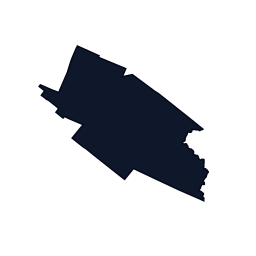 the district of Navarro, Buenos Aires, Argentina, rotated 250°
{"feature_id": "61730980B73651998783154", "entity_name": "Navarro", "entity_type": "district", "adm_level": 2, "iso_a3": "ARG", "parent_name": "Argentina", "parent_adm1": "Buenos Aires", "projection": "mercator", "projection_center": [-59.615, -35.025], "detail": "fine", "context": "isolated", "style": "filled", "palette": "ink", "viewbox_px": 256, "rotation_deg": 250, "n_neighbors": 0, "source": "geoboundaries", "source_scale": "gbopen_adm2", "svg_char_len": 4959}
<svg xmlns="http://www.w3.org/2000/svg" viewBox="0 0 256 256"><g transform="rotate(250 128 128)"><path d="M123.1,81.4L120.6,82.9L115.7,85.8L80.9,107.2L81.4,108.1L88.1,119.3L87.4,120.0L64.1,143.1L63.4,143.8L51.8,155.4L36.8,171.2L33.7,174.3L33.9,174.4L34.2,174.4L34.6,174.5L35.0,174.6L35.4,175.0L35.7,175.2L35.9,175.2L36.3,175.1L36.6,175.2L36.9,175.1L37.3,174.9L37.5,174.8L37.9,174.6L38.2,174.5L38.5,174.5L38.8,174.7L39.0,174.8L39.1,175.0L39.2,175.4L39.4,175.8L39.7,176.1L40.1,176.3L40.5,176.4L41.2,176.1L41.5,176.0L41.7,175.8L42.0,175.6L42.3,175.5L42.6,175.3L42.8,175.1L43.1,174.9L43.5,174.7L43.8,174.5L44.0,174.3L44.2,174.0L44.6,173.6L44.8,173.4L45.2,173.3L45.5,173.3L45.9,173.6L46.0,173.9L46.1,174.2L46.3,174.6L46.4,174.9L46.6,175.3L46.8,175.6L47.2,175.8L47.6,175.9L48.1,176.0L48.3,176.2L48.4,176.6L48.5,176.9L48.7,177.2L49.1,177.4L49.4,177.6L49.5,177.9L49.7,178.3L49.7,178.5L49.6,178.9L49.4,179.2L49.2,179.5L49.0,180.0L48.9,180.4L49.1,180.6L49.4,180.6L49.9,180.7L50.3,180.9L50.6,181.0L50.9,181.0L51.1,180.9L51.4,180.7L51.7,180.5L51.7,180.4L51.9,180.2L52.1,180.1L52.4,180.1L52.6,180.3L52.9,180.6L53.0,180.9L53.2,181.1L53.4,181.4L53.5,181.7L53.7,181.9L53.9,182.1L54.1,182.5L54.5,182.7L54.7,183.0L54.8,183.2L54.9,183.5L54.9,183.9L55.0,184.1L55.2,184.4L55.3,184.7L55.7,184.9L56.0,184.9L56.4,185.0L56.6,185.3L56.7,185.5L56.9,185.8L57.1,186.1L57.5,186.3L57.9,186.4L58.2,186.6L58.4,186.8L58.5,187.1L58.6,187.5L58.7,187.8L58.9,188.1L59.1,188.3L59.5,188.4L59.8,188.3L60.2,188.2L60.6,188.0L60.9,188.0L61.4,187.9L61.6,187.8L61.9,187.6L62.0,187.5L62.2,187.4L62.6,187.2L62.9,187.0L63.1,186.9L63.3,186.6L63.4,186.4L63.4,186.1L63.6,185.8L63.8,185.4L64.0,185.1L64.2,184.9L64.4,184.8L64.7,184.7L64.9,184.8L65.1,185.1L65.1,185.3L65.2,185.7L65.4,186.0L65.7,186.1L66.2,186.2L66.6,186.3L66.8,186.4L67.2,186.4L67.6,186.5L67.8,186.6L68.0,186.8L68.4,187.1L68.6,187.2L68.9,187.3L69.2,187.5L69.4,187.6L69.7,187.6L69.9,187.7L70.2,187.8L70.3,187.9L70.6,187.9L70.8,187.9L71.1,188.0L71.3,188.1L71.6,188.4L71.9,188.5L72.1,188.5L72.4,188.5L72.6,188.4L72.8,188.2L72.9,187.9L72.9,187.7L73.0,187.4L73.1,187.2L73.3,186.7L73.3,186.4L73.3,186.1L73.3,185.9L73.2,185.7L73.1,185.3L73.1,185.1L73.2,184.8L73.3,184.7L73.5,184.5L73.7,184.4L74.0,184.3L74.3,184.2L74.5,184.2L74.8,184.1L75.1,184.1L75.5,184.0L76.1,184.0L76.4,184.1L76.7,184.1L76.9,184.0L77.1,184.0L77.4,184.0L77.6,184.0L77.8,184.0L78.1,183.9L78.3,183.9L78.4,183.7L78.6,183.4L78.6,183.2L78.7,182.8L78.8,182.6L78.9,182.4L79.0,182.3L79.2,182.2L79.4,182.1L79.6,182.0L79.7,181.8L79.7,181.6L79.8,181.3L79.9,181.1L80.0,181.0L80.2,180.9L80.5,180.9L80.9,180.8L81.3,180.7L81.5,180.6L81.8,180.6L82.1,180.8L82.4,181.0L82.6,181.2L82.8,181.4L83.2,181.5L83.5,181.5L83.8,181.5L84.1,181.5L84.4,181.4L84.7,181.2L84.9,180.9L85.3,180.8L85.6,180.7L85.9,180.6L86.1,180.4L86.4,180.3L86.6,180.0L86.7,179.7L86.8,179.4L87.0,179.2L87.3,178.9L87.6,178.7L87.8,178.4L87.9,178.2L88.1,178.1L88.3,177.8L88.7,177.6L88.9,177.5L89.1,177.5L89.3,177.5L89.5,177.7L89.7,177.9L90.0,177.8L90.2,177.7L90.4,177.6L90.6,177.6L90.9,177.8L91.1,177.6L91.3,177.5L91.6,177.4L91.8,177.5L92.1,177.6L92.4,177.6L92.8,177.5L93.0,177.4L93.3,177.1L93.4,176.9L93.5,176.6L93.5,176.4L93.6,176.0L93.6,175.8L93.7,175.5L93.8,175.2L93.9,174.9L94.0,174.7L94.3,174.4L94.6,174.3L94.8,174.3L95.0,174.4L95.5,174.4L95.9,174.5L96.1,174.6L96.4,174.9L96.5,175.3L96.5,175.6L96.4,175.9L96.4,176.3L96.5,176.7L96.6,176.9L96.7,177.2L97.0,177.5L97.5,177.6L98.0,177.7L98.3,177.8L98.6,178.0L98.9,178.2L99.2,178.5L99.5,178.7L99.7,178.9L100.0,179.2L100.3,179.4L100.5,179.6L100.6,179.8L100.8,180.1L101.0,180.3L101.1,180.5L101.3,180.7L101.5,180.9L101.7,181.1L101.8,181.2L102.0,181.4L102.1,181.5L102.5,181.8L102.9,182.1L103.1,182.2L103.3,182.3L103.6,182.5L103.8,182.7L103.8,183.0L103.7,183.2L103.6,183.5L103.4,183.7L103.3,183.9L103.1,184.2L103.0,184.4L102.9,184.7L102.7,185.0L102.6,185.3L102.5,185.5L102.5,185.8L102.7,186.1L102.9,186.3L103.0,186.6L103.4,186.8L103.6,187.0L103.8,187.2L104.1,187.3L104.3,187.4L104.5,187.7L104.5,188.0L104.5,188.3L104.4,188.5L104.2,188.8L104.2,189.0L104.1,189.4L104.1,189.7L103.9,190.0L103.7,190.4L103.5,190.7L103.3,191.0L103.0,191.2L102.8,191.7L102.8,192.1L102.6,192.5L102.5,192.9L102.4,193.2L102.2,193.5L101.9,193.6L101.6,193.9L101.4,194.1L101.2,194.3L101.0,194.6L101.0,194.8L101.2,195.0L101.4,195.2L101.5,195.5L101.6,195.9L101.5,196.1L101.3,196.4L101.1,196.8L101.1,197.0L101.1,197.3L101.1,197.6L101.2,197.8L101.3,198.0L118.2,187.8L149.8,168.4L153.6,165.5L176.7,150.3L178.1,140.2L184.5,146.2L191.2,138.9L197.7,131.8L204.6,124.3L205.8,125.5L208.9,122.3L212.4,118.7L222.3,108.5L221.2,107.5L221.3,107.3L213.1,99.6L211.0,97.8L207.2,94.8L201.1,90.2L193.9,83.4L185.0,75.0L187.3,72.5L187.3,72.4L188.3,71.3L190.2,69.1L195.2,63.9L198.5,60.4L197.4,58.7L191.4,62.5L188.4,57.8L182.4,61.6L182.6,62.0L172.3,68.3L170.0,69.6L167.4,65.7L159.6,70.4L160.6,72.2L155.9,76.9L146.4,87.1L145.1,84.7L142.5,80.3L137.6,72.1L131.3,75.9L125.2,79.7L123.1,81.4Z" fill="#0f172a" stroke="#020617" stroke-width="1.5"/></g></svg>